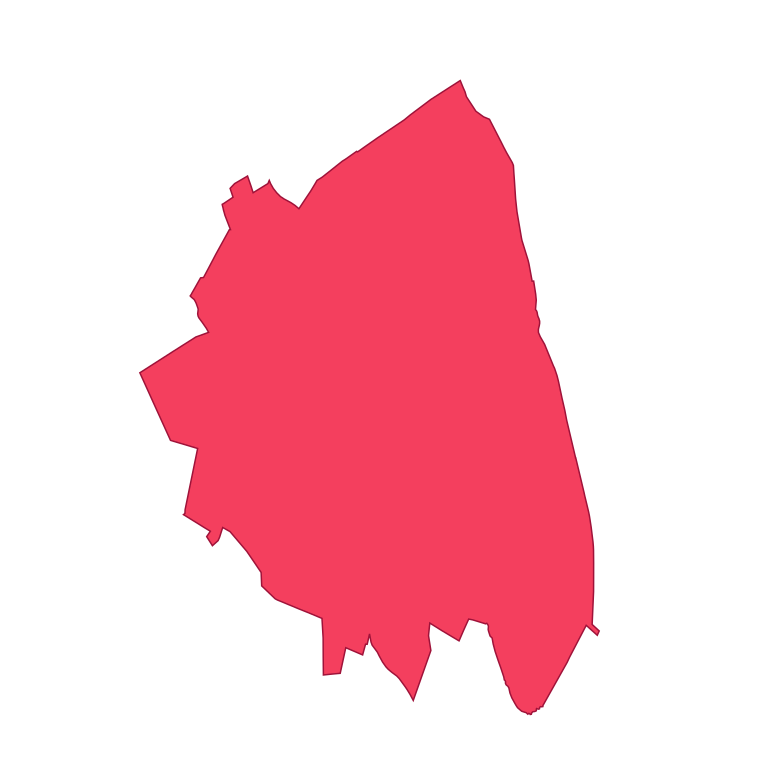 Kandava, Kandavas, Latvia, rotated 97°
{"feature_id": "27541924B48959095645396", "entity_name": "Kandava", "entity_type": "district", "adm_level": 2, "iso_a3": "LVA", "parent_name": "Latvia", "parent_adm1": "Kandavas", "projection": "natural_earth1", "projection_center": [22.784, 57.039], "detail": "fine", "context": "isolated", "style": "filled", "palette": "rose", "viewbox_px": 768, "rotation_deg": 97, "n_neighbors": 0, "source": "geoboundaries", "source_scale": "gbopen_adm2", "svg_char_len": 3557}
<svg xmlns="http://www.w3.org/2000/svg" viewBox="0 0 768 768"><g transform="rotate(97 384 384)"><path d="M156.8,438.4L156.4,439.5L161.1,444.7L165.9,450.0L167.8,452.4L186.2,470.5L190.1,475.3L194.1,477.0L201.3,480.2L208.2,483.7L220.4,489.8L217.7,493.9L216.5,496.2L215.3,498.6L213.9,502.2L212.5,505.8L211.5,507.7L210.6,509.6L209.0,511.6L207.4,513.7L205.4,515.7L203.4,517.7L201.1,519.4L198.8,521.1L197.3,521.9L195.9,522.7L197.6,523.2L199.2,523.6L209.6,536.6L210.1,537.2L204.0,540.0L194.2,544.8L195.0,545.8L203.3,556.7L208.6,560.6L217.0,556.6L224.3,565.0L225.4,566.5L226.4,566.2L228.6,565.3L231.0,564.5L233.3,563.5L235.8,562.5L240.7,559.9L249.5,555.2L249.7,556.3L275.9,566.8L290.2,572.2L300.3,576.1L301.0,579.0L312.6,583.8L317.6,585.9L318.1,586.0L320.2,587.1L321.2,585.9L323.3,582.7L325.3,581.2L326.9,580.2L330.1,578.6L332.2,577.6L334.0,577.5L337.0,577.5L339.3,576.8L340.9,575.8L345.1,571.8L350.5,567.0L354.1,564.4L354.5,565.1L360.2,576.4L377.3,597.2L402.6,627.7L435.1,607.9L466.0,589.0L470.7,561.1L533.0,566.1L534.2,566.0L535.3,565.9L535.8,565.9L536.2,565.9L536.7,565.8L538.1,567.1L548.7,544.2L551.3,538.4L557.1,541.4L565.4,534.6L559.7,529.6L556.1,528.5L549.1,527.2L546.1,526.6L549.0,519.5L549.2,518.9L566.9,499.7L568.2,498.6L575.9,491.8L586.0,483.0L599.3,480.8L610.5,465.8L611.4,463.4L613.2,456.8L614.6,451.9L615.2,449.6L615.4,448.9L617.5,441.4L619.9,432.4L624.2,417.0L642.8,413.6L644.0,413.4L662.1,411.1L680.2,408.7L678.3,400.5L676.5,392.2L663.4,391.0L650.4,389.8L655.5,372.2L644.5,370.6L644.4,369.0L641.8,368.7L637.8,368.3L633.8,367.9L641.8,365.4L644.7,363.9L647.8,360.9L651.0,357.9L654.5,355.6L660.2,351.5L664.5,347.6L666.7,345.0L669.4,340.8L672.2,335.8L674.5,333.0L682.1,325.9L684.4,323.9L688.8,320.4L694.5,316.4L642.8,305.0L628.5,309.1L626.2,309.2L615.7,309.4L621.7,296.6L626.6,285.5L629.8,278.2L618.9,275.0L607.0,271.3L607.3,267.2L609.5,254.8L609.7,254.1L609.0,252.8L610.8,251.2L612.1,250.8L614.9,250.7L616.4,250.2L621.2,248.0L623.0,245.7L628.6,244.0L635.9,241.1L644.3,237.1L651.9,233.3L660.2,229.4L663.1,228.5L663.4,227.8L665.0,226.9L665.9,227.1L667.6,226.2L669.0,224.1L670.5,223.0L675.4,221.3L679.9,218.9L684.6,215.5L687.0,213.7L689.0,212.0L690.5,209.8L692.0,207.5L692.5,205.1L692.9,202.8L693.4,202.1L693.9,201.5L694.0,201.3L694.2,201.0L693.4,200.4L693.4,199.3L694.2,198.6L693.8,197.5L692.7,197.4L691.3,196.6L690.9,195.4L690.7,194.5L690.6,194.3L689.9,193.1L689.2,193.0L688.1,193.2L687.5,193.0L687.9,191.4L687.8,190.6L687.4,190.1L686.2,190.1L685.2,189.5L685.2,188.3L684.8,187.0L683.8,187.1L638.0,168.3L632.5,166.5L598.9,153.9L607.4,141.7L602.9,140.3L597.3,148.1L564.4,150.7L550.2,152.4L536.2,154.1L523.3,155.8L519.7,156.4L515.4,157.3L501.0,160.9L493.5,163.0L489.7,164.1L486.1,165.3L479.1,167.9L473.5,170.0L470.6,171.1L467.7,172.1L451.3,178.2L433.9,184.7L434.0,184.9L433.0,185.2L423.8,188.6L397.6,198.3L387.9,201.4L376.6,205.5L360.0,211.2L354.6,213.3L347.7,216.6L345.3,218.1L325.1,229.4L318.0,234.7L314.0,237.0L311.2,237.4L309.7,237.3L307.1,237.0L304.8,236.9L302.5,237.2L301.3,237.8L300.4,238.1L298.4,239.3L297.1,239.9L294.1,240.8L292.8,241.5L291.6,242.7L282.2,243.1L276.3,244.4L263.6,248.0L263.9,249.5L247.0,254.8L243.8,256.0L224.6,264.6L222.2,265.4L196.8,273.0L184.4,275.9L165.4,279.5L158.8,280.8L151.3,282.2L149.1,283.4L148.7,283.6L139.5,290.5L134.6,293.9L129.6,297.2L119.0,304.4L108.4,311.6L106.7,317.7L102.1,326.0L88.8,337.2L84.1,339.2L80.8,341.2L80.3,341.5L73.5,345.3L80.8,354.1L88.8,363.7L89.8,364.9L95.7,372.0L113.7,390.7L119.3,396.0L140.2,420.1L150.2,431.2L156.3,437.9L156.8,438.4Z" fill="#f43f5e" stroke="#9f1239" stroke-width="1.5"/></g></svg>